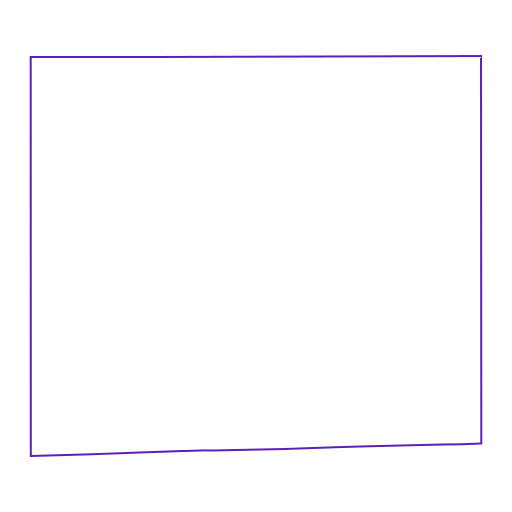 Davis, Iowa, United States of America (Albers equal-area conic projection)
{"feature_id": "52423323B91960594969044", "entity_name": "Davis", "entity_type": "district", "adm_level": 2, "iso_a3": "USA", "parent_name": "United States of America", "parent_adm1": "Iowa", "projection": "albers", "projection_center": [-92.393, 40.745], "detail": "fine", "context": "isolated", "style": "outline", "palette": "violet", "viewbox_px": 512, "rotation_deg": 0, "n_neighbors": 0, "source": "geoboundaries", "source_scale": "gbopen_adm2", "svg_char_len": 372}
<svg xmlns="http://www.w3.org/2000/svg" viewBox="0 0 512 512"><path d="M30.8,456.0L87.4,454.4L181.6,451.0L183.7,451.0L184.4,451.0L204.1,450.4L211.9,450.5L284.7,449.0L313.1,448.0L332.1,447.4L332.4,447.3L364.3,446.4L425.5,444.9L444.1,444.5L459.8,444.3L465.2,444.1L481.3,443.5L481.0,56.0L142.6,57.0L30.7,57.0L30.8,456.0Z" fill="none" stroke="#5b21b6" stroke-width="2"/></svg>